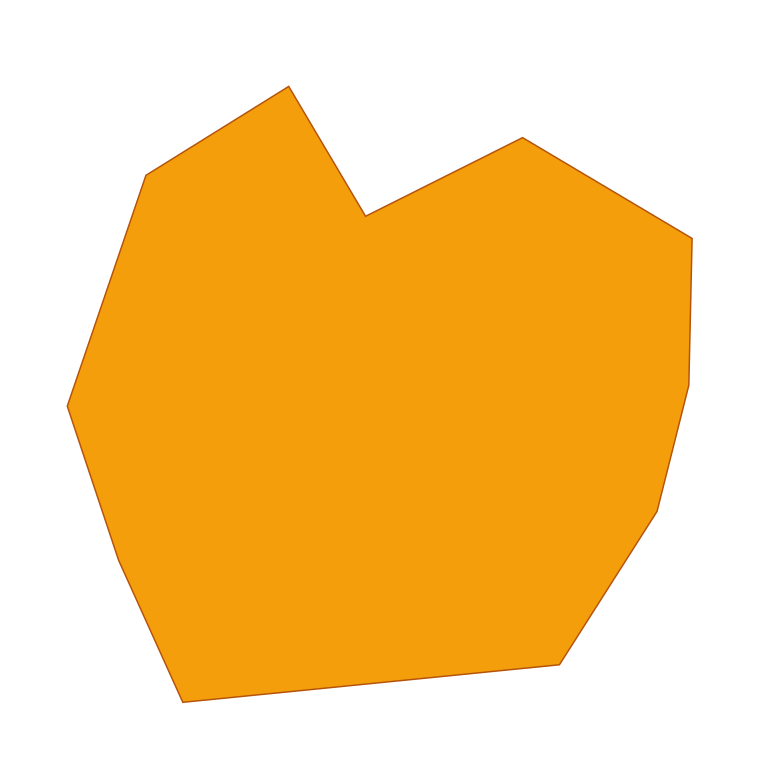 the state/province of Iklin, rotated 86°
{"feature_id": "MLT-5931", "entity_name": "Iklin", "entity_type": "state/province", "adm_level": 1, "iso_a3": "MLT", "parent_name": "Malta", "parent_adm1": "", "projection": "robinson", "projection_center": [14.454, 35.906], "detail": "fine", "context": "isolated", "style": "filled", "palette": "amber", "viewbox_px": 768, "rotation_deg": 86, "n_neighbors": 0, "source": "natural_earth", "source_scale": "10m", "svg_char_len": 310}
<svg xmlns="http://www.w3.org/2000/svg" viewBox="0 0 768 768"><g transform="rotate(86 384 384)"><path d="M260.3,66.5L406.5,80.0L530.1,120.5L676.3,228.6L687.5,606.9L541.4,661.0L384.0,701.5L159.2,606.9L80.5,458.3L215.4,390.7L147.9,228.6L260.3,66.5Z" fill="#f59e0b" stroke="#b45309" stroke-width="1.5"/></g></svg>